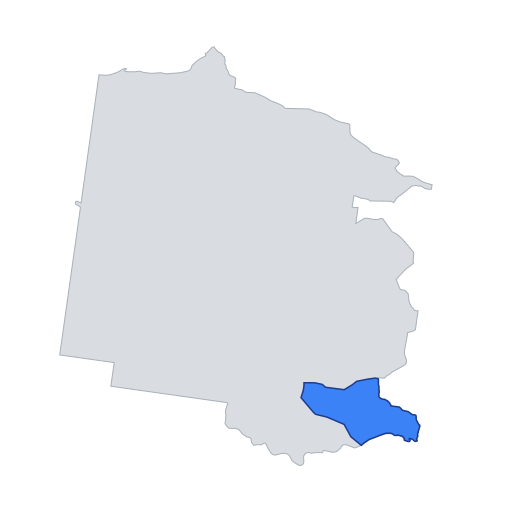 location of Southern Darfur within Sudan, rotated 278°
{"feature_id": "SDN-5856", "entity_name": "Southern Darfur", "entity_type": "State", "adm_level": 1, "iso_a3": "SDN", "parent_name": "Sudan", "parent_adm1": "", "projection": "robinson", "projection_center": [24.503, 10.891], "detail": "fine", "context": "in_parent", "style": "filled", "palette": "blue", "viewbox_px": 512, "rotation_deg": 278, "n_neighbors": 0, "source": "natural_earth", "source_scale": "10m", "svg_char_len": 5918}
<svg xmlns="http://www.w3.org/2000/svg" viewBox="0 0 512 512"><g transform="rotate(278 256 256)"><path d="M351.2,420.4L346.6,420.4L346.2,419.2L346.2,415.9L346.7,413.4L348.3,409.4L347.9,407.2L348.1,404.1L346.9,400.6L336.0,390.4L333.8,387.6L328.0,385.1L329.0,382.2L326.4,361.4L327.6,359.0L327.9,355.3L327.8,352.1L329.2,346.8L329.3,344.6L317.8,344.4L317.6,346.7L318.2,349.3L318.2,350.3L302.1,350.3L308.6,358.5L308.9,362.1L308.6,366.5L308.7,369.4L309.1,371.3L310.8,374.9L310.7,375.6L310.3,376.5L299.0,387.4L297.2,392.4L295.7,395.0L292.4,399.5L282.0,411.1L280.3,411.9L272.4,412.3L271.6,412.6L271.0,413.1L270.7,413.0L263.9,406.2L252.4,398.0L244.9,402.2L242.8,403.8L242.8,407.8L241.7,409.8L239.6,412.0L234.1,413.4L231.1,414.5L227.7,416.8L224.3,420.5L224.1,422.4L224.4,424.1L205.2,424.1L203.9,422.7L201.1,416.6L199.1,416.9L181.6,416.2L179.1,416.9L174.0,419.4L171.5,419.8L168.9,418.6L159.7,406.5L157.7,405.1L155.6,402.2L153.6,400.9L152.9,400.0L152.7,398.7L152.8,396.1L152.1,394.4L150.6,394.0L138.2,396.8L136.5,396.5L133.9,397.0L133.0,397.5L131.9,399.1L131.7,402.4L131.4,404.1L130.5,405.9L126.9,410.0L126.1,411.8L126.3,416.3L126.1,418.6L125.5,419.7L124.0,421.4L123.4,422.4L122.8,428.2L120.9,431.7L120.4,432.9L120.3,435.5L120.0,436.2L114.4,438.2L112.3,439.5L111.0,441.5L110.7,442.3L108.3,441.6L105.2,441.1L99.4,440.5L97.0,439.6L95.9,438.2L96.3,434.7L95.7,433.9L94.8,433.3L94.1,431.8L94.3,430.0L97.3,425.9L98.0,423.7L98.8,413.6L98.6,410.5L96.1,404.8L90.5,394.9L89.1,393.0L82.1,384.9L81.3,383.7L79.6,380.3L81.5,372.8L81.6,370.7L81.1,368.6L79.3,367.0L77.8,366.8L75.7,364.8L74.3,363.9L73.1,362.1L72.3,359.6L72.9,350.8L72.5,349.6L70.7,349.3L70.3,348.7L70.3,347.0L69.4,341.9L68.3,337.8L68.9,335.5L67.4,332.4L64.5,331.0L58.9,332.0L57.2,331.9L56.0,331.3L55.1,330.1L54.7,328.8L55.1,326.7L56.7,323.0L58.7,319.9L62.7,317.1L63.8,315.6L64.4,313.9L64.6,312.0L64.3,310.0L63.8,308.2L62.7,305.8L61.6,302.9L61.5,301.0L62.1,299.6L63.2,297.9L67.2,294.7L71.3,292.0L72.0,291.0L71.7,289.9L69.8,287.7L69.3,283.3L68.2,280.3L70.3,278.0L71.8,277.2L74.2,276.5L75.2,275.6L75.5,273.8L75.4,272.0L76.3,270.7L77.4,268.0L78.4,266.7L81.5,263.5L82.2,261.4L82.4,259.4L81.6,253.3L83.4,250.7L85.7,248.6L89.0,248.8L94.2,248.3L97.7,247.4L100.2,247.4L105.9,248.6L106.5,248.1L106.8,246.5L106.8,130.4L130.4,130.4L130.7,130.2L130.7,75.4L278.9,75.4L280.1,75.2L282.4,70.1L283.4,69.7L284.9,70.0L285.4,71.2L284.2,75.4L413.6,75.3L414.0,81.6L415.2,86.6L419.0,93.8L422.2,97.7L423.3,99.8L423.5,100.8L423.3,101.7L422.4,100.6L420.8,99.9L420.6,103.3L421.5,110.2L422.9,115.0L422.1,119.4L422.3,127.0L424.2,136.0L423.9,141.8L426.9,155.3L429.6,162.8L431.1,164.6L432.8,165.6L435.9,166.2L440.6,170.1L444.3,174.1L445.6,176.2L447.4,178.5L448.6,178.1L449.3,177.5L450.6,179.3L456.4,183.4L457.3,185.2L455.3,187.1L452.9,190.2L451.8,193.1L451.2,194.1L449.3,195.9L449.0,196.8L448.2,197.4L447.3,197.4L445.3,198.4L443.6,198.1L441.8,198.6L441.1,199.3L439.7,199.9L437.8,200.3L434.8,202.8L432.2,204.0L431.3,205.0L430.0,209.9L429.1,211.2L425.2,211.3L423.3,211.8L420.7,211.2L419.4,211.3L419.1,212.3L418.7,216.6L418.8,218.4L416.7,223.2L417.5,232.3L415.5,239.0L415.2,240.6L413.2,246.0L412.1,248.0L409.6,258.0L408.5,261.1L406.3,264.3L409.0,288.4L407.1,295.8L407.2,299.8L405.9,305.8L404.9,308.5L403.2,311.8L401.7,315.5L400.5,320.4L399.8,329.7L399.4,330.5L392.5,331.7L390.3,332.3L388.9,333.4L387.1,335.7L383.6,342.3L381.8,346.3L379.0,351.7L375.6,355.6L374.9,357.5L374.4,361.0L373.2,366.5L372.1,370.4L372.3,373.6L371.3,379.1L371.5,381.8L370.3,383.3L368.7,384.7L367.7,385.0L362.8,381.4L359.4,383.9L357.3,387.5L355.7,391.1L356.7,398.7L356.7,400.3L356.2,402.2L353.1,409.6L352.1,413.0L351.2,419.0L351.2,420.4Z" fill="#d9dde1" stroke="#a8b0b8" stroke-width="1"/><path d="M98.1,421.1L97.9,420.8L97.9,420.5L97.9,419.7L97.8,419.3L97.6,418.6L97.6,418.3L97.9,417.5L98.8,416.0L99.1,415.2L99.2,414.1L98.5,409.4L98.0,408.1L94.0,400.8L90.0,393.5L85.6,388.7L83.1,386.7L90.2,375.1L96.4,370.5L101.5,366.7L106.4,348.5L107.4,338.3L107.5,337.5L107.9,336.4L109.4,334.4L122.0,320.3L129.4,321.5L133.4,321.6L137.2,321.2L138.6,331.8L138.1,339.4L135.7,343.2L135.9,361.9L141.9,369.3L145.9,373.1L149.5,383.4L151.7,391.0L151.6,394.0L151.4,394.0L150.3,394.4L149.8,394.6L149.6,394.7L149.4,394.7L148.4,394.7L147.9,394.8L147.3,394.9L146.6,394.9L146.4,395.0L145.4,395.3L143.6,396.0L143.2,396.1L142.9,396.1L142.0,396.1L141.7,396.1L141.4,396.2L141.0,396.3L140.8,396.4L140.6,396.5L140.3,396.6L140.1,396.6L139.8,396.6L139.7,396.6L139.3,396.9L139.1,396.9L138.7,396.9L138.4,397.0L138.2,397.0L137.9,397.0L137.8,396.9L137.6,396.8L137.4,396.8L137.1,396.7L136.8,396.8L136.6,396.9L136.4,396.9L136.1,396.8L135.4,397.1L135.1,397.2L134.5,397.1L134.3,397.2L133.9,397.3L133.5,397.4L133.4,397.5L133.2,397.7L133.0,398.0L131.8,401.0L131.7,401.3L131.7,401.5L131.7,401.8L131.8,401.9L132.0,402.4L132.0,402.7L132.0,402.9L132.0,403.1L131.8,404.0L131.1,405.5L131.0,406.0L130.8,406.5L130.6,406.8L130.2,407.2L129.6,408.2L129.3,408.6L128.4,409.2L127.6,409.9L127.4,410.1L127.2,410.2L126.9,410.3L126.7,410.3L126.4,410.6L126.3,411.1L126.4,418.5L126.3,418.8L126.1,419.4L124.7,421.3L124.0,422.0L123.8,422.3L123.6,422.8L123.1,428.1L123.0,428.5L120.8,432.7L120.7,433.1L120.7,433.3L120.7,436.2L120.5,436.4L120.3,436.6L119.1,437.0L116.9,437.3L116.3,437.4L113.7,439.3L113.0,439.7L111.6,440.9L111.4,441.1L111.4,441.5L109.9,441.9L107.4,441.4L106.7,441.5L106.2,441.5L105.2,441.0L103.9,441.2L102.4,440.8L101.5,440.8L100.8,441.2L100.4,441.3L99.6,441.1L98.8,441.1L98.5,441.0L98.1,440.7L97.8,440.5L97.3,440.4L96.9,440.5L96.6,440.8L96.0,441.2L95.6,441.3L95.1,441.1L94.8,440.5L94.6,439.7L94.6,439.1L94.9,438.4L95.9,437.1L96.3,436.3L96.6,434.8L96.7,433.8L96.5,433.2L96.0,433.2L95.1,434.2L94.5,434.3L93.8,433.8L93.5,433.3L93.5,432.6L94.0,429.1L94.1,428.9L94.4,428.4L94.8,428.3L95.5,428.3L95.9,428.2L96.2,428.0L96.8,427.4L97.7,426.1L98.0,425.8L98.2,425.5L98.2,425.1L97.9,424.2L98.0,423.7L98.6,421.6L98.6,421.4L98.4,421.2L98.1,421.1Z" fill="#3b82f6" stroke="#1e3a8a" stroke-width="1.5"/></g></svg>